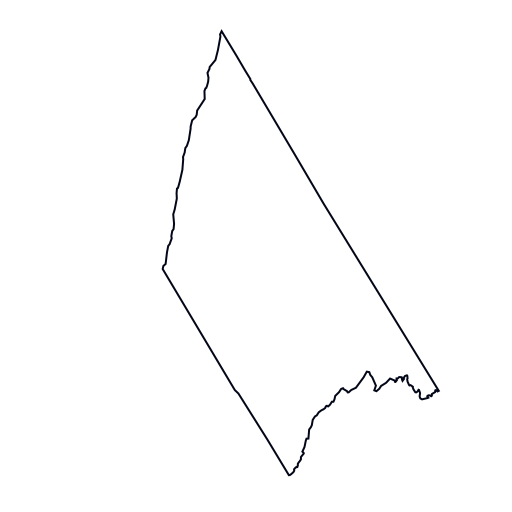 Lake, Minnesota, United States of America (Mercator projection), rotated 149°
{"feature_id": "52423323B21927262007954", "entity_name": "Lake", "entity_type": "district", "adm_level": 2, "iso_a3": "USA", "parent_name": "United States of America", "parent_adm1": "Minnesota", "projection": "mercator", "projection_center": [-91.467, 47.572], "detail": "fine", "context": "isolated", "style": "outline", "palette": "ink", "viewbox_px": 512, "rotation_deg": 149, "n_neighbors": 0, "source": "geoboundaries", "source_scale": "gbopen_adm2", "svg_char_len": 2326}
<svg xmlns="http://www.w3.org/2000/svg" viewBox="0 0 512 512"><g transform="rotate(149 256 256)"><path d="M169.7,466.4L172.7,464.4L173.5,462.4L182.5,452.2L189.8,444.9L198.3,441.9L199.7,440.2L199.8,440.2L203.3,437.9L204.5,434.5L204.9,433.3L207.2,430.1L210.3,427.1L212.1,425.7L213.0,425.7L215.2,424.0L219.1,417.0L231.5,411.0L234.1,407.6L236.2,406.2L240.8,405.2L245.3,400.7L246.5,398.8L253.9,389.9L258.5,386.0L261.0,384.9L263.9,381.4L267.6,378.4L268.5,376.5L274.7,367.8L283.2,358.9L287.1,355.2L288.2,354.4L289.0,354.5L291.7,350.8L294.3,346.0L301.6,337.9L305.5,334.3L309.7,325.7L312.8,321.5L314.9,320.6L318.4,316.6L319.1,314.6L324.0,310.6L326.0,309.9L330.4,305.0L337.6,295.7L340.5,295.2L342.7,292.9L343.2,152.0L341.9,147.2L340.8,93.0L340.7,51.2L340.1,51.0L339.9,50.8L338.1,50.9L335.2,51.5L333.8,52.3L333.2,53.6L330.9,54.3L329.8,54.3L329.7,53.9L329.3,53.8L328.0,54.9L327.2,56.3L325.9,57.0L323.4,57.9L322.1,58.7L321.4,60.0L320.9,60.6L316.8,62.1L316.6,62.5L316.6,63.0L316.8,63.6L316.8,63.8L317.0,64.4L312.8,67.3L308.3,72.2L306.8,73.4L305.1,72.5L299.8,79.9L297.1,81.0L295.2,82.3L291.8,86.3L288.1,88.1L286.0,88.1L282.8,89.7L280.0,90.0L277.9,90.0L277.3,89.8L275.0,90.1L274.3,90.5L274.1,90.8L273.8,91.0L273.3,91.2L272.4,91.1L272.3,90.7L271.6,89.9L269.2,90.4L266.0,92.0L264.7,91.2L262.7,92.6L260.1,95.3L255.0,96.5L251.5,98.2L249.7,97.9L249.4,97.7L249.6,97.0L247.6,93.3L247.7,91.9L246.8,91.4L243.4,92.1L238.2,91.6L226.2,96.6L220.6,99.8L218.7,98.1L219.3,95.2L218.8,92.2L220.0,83.1L223.8,79.9L222.4,78.1L218.7,78.7L215.7,80.2L209.8,80.3L204.2,81.9L201.2,77.7L201.7,76.6L201.5,76.3L201.3,76.2L199.2,77.0L199.1,77.9L198.6,78.6L198.1,78.1L197.2,78.1L196.0,78.5L195.1,78.2L193.6,77.0L194.5,74.9L194.7,73.5L192.5,74.4L192.7,75.0L192.4,75.4L190.0,76.4L188.1,76.0L188.0,75.6L188.1,75.2L189.0,73.2L189.9,72.5L190.8,70.2L191.2,66.9L191.2,66.2L191.0,65.9L190.4,65.9L190.0,65.7L188.9,63.2L189.2,62.9L189.7,60.8L189.6,57.1L188.7,56.5L186.9,56.8L185.6,57.6L185.3,57.2L185.8,54.6L186.0,53.9L188.0,51.5L188.2,50.9L188.5,49.3L187.5,47.6L182.1,45.9L181.3,45.8L181.4,47.6L180.7,47.8L179.8,47.7L178.7,46.9L178.1,45.6L177.2,45.7L176.6,46.8L176.3,47.1L172.6,47.1L171.5,48.5L170.9,48.4L170.2,46.4L168.8,46.3L171.1,265.8L170.5,322.8L170.0,405.4L170.2,409.9L169.7,410.6L169.8,420.6L169.6,438.2L169.7,466.4Z" fill="none" stroke="#020617" stroke-width="2"/></g></svg>